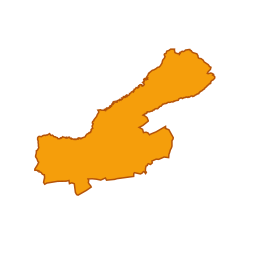 Akatsi South, Volta, Ghana, rotated 61°
{"feature_id": "2480657B79730913179219", "entity_name": "Akatsi South", "entity_type": "district", "adm_level": 2, "iso_a3": "GHA", "parent_name": "Ghana", "parent_adm1": "Volta", "projection": "robinson", "projection_center": [0.754, 6.154], "detail": "fine", "context": "isolated", "style": "filled", "palette": "amber", "viewbox_px": 256, "rotation_deg": 61, "n_neighbors": 0, "source": "geoboundaries", "source_scale": "gbopen_adm2", "svg_char_len": 5769}
<svg xmlns="http://www.w3.org/2000/svg" viewBox="0 0 256 256"><g transform="rotate(61 128 128)"><path d="M173.6,106.8L170.9,105.0L169.8,103.7L167.7,101.6L166.3,99.5L165.1,98.3L160.4,95.7L159.5,94.0L158.4,93.1L149.3,93.1L146.5,95.5L146.3,95.1L144.8,94.4L145.0,105.3L144.3,111.1L144.4,112.5L142.0,112.9L140.5,114.2L139.5,116.7L136.2,115.9L132.8,118.0L133.0,113.9L131.8,107.0L131.4,106.7L128.1,106.3L125.2,107.6L124.0,108.7L123.8,107.9L124.0,107.6L124.0,106.2L123.7,106.0L124.2,105.1L123.9,104.0L123.4,104.0L123.2,103.2L124.2,101.6L124.6,99.4L125.0,98.4L124.5,97.2L124.9,96.4L124.5,95.8L124.5,94.8L124.7,94.5L124.6,94.1L125.4,93.1L125.5,92.3L124.9,91.3L125.0,90.6L124.5,90.0L125.0,88.5L124.5,87.6L124.3,86.3L124.0,86.1L124.4,85.0L124.4,83.9L124.8,83.5L125.2,82.1L124.9,81.5L125.0,80.4L125.9,79.0L126.3,76.9L127.0,76.2L127.1,74.6L126.8,74.5L127.2,73.8L127.2,73.0L128.1,70.6L127.2,69.4L127.3,67.3L127.7,66.5L128.3,66.4L128.7,66.0L128.5,64.4L129.1,63.6L128.9,62.8L129.3,62.2L129.3,61.6L130.1,61.1L130.0,60.1L130.7,59.9L130.7,57.1L131.3,56.2L131.9,56.1L132.1,54.2L131.8,53.6L132.0,51.5L131.7,51.0L132.1,50.3L132.2,49.3L131.7,49.0L131.5,47.7L131.1,47.3L131.3,45.5L130.9,44.1L131.0,43.5L130.8,42.1L130.4,41.9L129.9,39.3L129.5,38.7L129.6,38.1L129.2,37.2L129.2,36.3L128.7,35.4L129.0,34.7L128.6,34.5L128.8,33.8L127.8,33.3L127.5,32.8L127.1,31.6L127.2,30.2L126.5,28.1L125.4,27.3L123.4,27.7L122.8,28.2L122.5,27.2L120.9,28.1L120.0,29.0L119.4,31.5L118.7,32.2L117.7,30.8L116.7,27.5L115.1,26.0L113.9,26.9L111.5,27.1L107.1,29.4L105.0,29.4L102.7,30.5L101.8,31.8L100.9,32.4L99.5,32.2L98.8,31.8L96.5,31.8L93.6,34.6L92.3,35.2L91.0,35.2L90.4,36.0L89.4,35.8L89.0,36.4L87.7,40.0L88.1,41.1L88.0,42.3L87.8,42.9L87.2,43.3L87.1,44.3L87.4,45.6L87.9,46.0L88.4,47.2L87.5,46.8L87.7,47.3L86.9,48.7L85.3,50.1L84.5,50.4L83.5,49.9L82.6,49.8L81.6,49.1L79.7,52.5L80.0,54.4L79.6,56.9L81.2,58.6L80.9,60.1L81.3,60.7L82.5,61.0L83.3,60.8L83.7,61.1L83.9,61.7L84.5,62.1L85.2,64.2L86.0,65.3L87.8,66.9L89.3,69.6L89.8,71.1L89.3,72.9L89.7,74.6L89.7,77.6L89.5,78.0L89.3,78.8L90.0,82.5L90.3,82.8L90.1,83.3L90.5,83.7L90.6,84.1L91.2,84.6L93.0,87.9L93.3,87.9L93.7,87.5L93.3,87.2L93.5,86.9L93.6,87.3L94.2,87.5L94.0,87.9L94.5,87.5L94.6,87.1L94.9,87.2L94.6,87.9L94.7,88.6L94.3,88.8L94.2,89.3L93.5,88.6L93.6,88.8L92.8,89.5L92.9,90.2L93.2,90.8L93.8,90.9L93.8,91.4L94.1,90.6L94.4,91.0L94.6,90.9L95.2,92.7L95.6,92.0L96.2,92.9L96.8,92.6L97.9,92.7L98.4,94.3L98.4,95.0L97.7,95.6L97.3,95.3L97.3,95.0L96.8,95.0L96.4,95.8L96.1,96.0L96.0,97.0L96.4,97.8L96.2,98.2L96.4,98.4L96.6,98.2L96.8,98.7L97.4,98.5L97.7,99.7L97.6,100.3L97.1,100.3L97.1,100.9L96.6,101.3L97.4,102.7L97.2,103.8L97.7,103.8L98.3,105.8L98.9,105.4L99.1,106.0L98.2,106.2L98.2,107.7L98.7,108.6L98.9,109.6L98.7,109.9L99.1,110.0L99.8,111.6L99.4,112.6L99.0,112.5L98.4,113.3L98.6,113.5L99.7,113.2L100.0,113.6L99.7,113.8L99.8,114.2L99.1,114.6L99.8,115.0L99.9,115.7L99.6,116.1L99.3,115.5L98.9,115.5L98.3,116.8L98.7,117.0L99.1,116.9L99.4,117.3L98.9,118.5L99.8,118.2L99.2,118.8L99.8,119.0L99.7,119.4L100.0,119.4L100.0,119.9L99.6,119.5L99.6,120.3L100.0,120.7L99.3,121.0L99.6,121.8L99.0,121.6L99.2,123.1L98.9,124.0L99.4,124.2L99.4,124.7L99.8,124.9L98.9,125.5L99.6,126.0L98.5,127.1L98.4,128.0L98.1,127.8L98.1,128.6L98.3,128.8L98.9,128.5L99.1,128.9L99.6,128.6L99.7,128.9L99.3,129.7L99.7,129.8L99.4,130.1L99.7,130.3L99.5,130.6L100.1,131.1L100.1,131.8L100.4,131.4L100.9,131.8L100.6,132.1L100.9,132.6L100.5,132.6L100.7,133.0L101.1,133.0L101.4,133.6L101.1,134.1L100.7,134.1L101.5,134.9L101.4,135.2L100.9,135.2L100.8,135.5L101.4,135.9L101.3,136.4L100.7,136.4L100.8,136.8L100.4,137.0L101.2,137.6L100.5,137.9L101.1,137.9L101.4,138.4L100.9,138.5L101.3,138.8L100.7,139.3L101.6,139.5L101.3,139.8L100.8,139.6L100.7,140.0L101.1,140.0L99.4,142.8L98.8,143.1L97.8,145.7L99.2,145.6L100.2,146.1L101.3,148.2L102.7,149.9L104.3,153.8L105.1,154.4L105.1,155.4L105.4,156.0L106.3,156.8L107.4,156.4L108.4,157.6L108.9,158.5L111.3,159.1L111.2,160.4L111.6,161.1L112.7,161.4L112.9,162.6L113.6,162.8L113.7,164.0L113.2,164.4L113.6,165.7L113.4,166.7L114.2,168.8L114.9,169.5L114.9,170.3L114.5,172.3L114.6,174.1L114.2,174.1L114.3,174.6L113.7,174.7L113.0,175.5L113.2,175.8L113.0,176.4L113.5,176.4L113.6,176.9L113.4,177.2L112.7,176.9L112.9,179.0L112.5,179.6L111.9,179.6L111.8,179.9L112.1,180.3L111.8,180.9L110.8,181.5L110.3,182.7L109.9,182.4L109.5,182.5L109.6,183.1L109.2,183.2L108.9,183.6L107.7,183.6L107.3,184.2L107.5,185.6L107.0,186.2L107.0,186.8L106.6,187.2L106.2,186.6L106.0,187.4L104.5,189.1L104.0,189.3L104.5,191.1L104.0,191.3L103.9,191.9L104.3,192.2L104.3,192.8L103.4,194.5L102.2,194.5L101.3,195.5L100.6,195.7L99.5,197.1L98.4,197.2L97.5,197.7L97.5,198.2L97.0,199.1L94.9,199.3L95.0,202.4L94.6,202.6L94.4,203.1L94.5,203.9L93.8,204.6L93.4,206.0L93.6,207.9L92.2,209.8L92.2,210.6L92.8,211.8L94.4,212.7L95.9,212.8L96.8,213.5L99.1,214.4L100.4,215.2L101.6,215.4L102.1,215.8L103.5,218.1L103.4,219.1L105.7,220.5L107.3,222.1L108.4,222.8L110.8,222.6L113.3,223.0L114.6,222.7L116.4,225.1L118.6,229.2L119.7,230.0L119.9,229.9L120.2,229.1L121.4,227.6L121.8,227.8L122.3,226.7L123.3,227.1L123.7,226.3L124.9,225.5L126.7,225.3L128.3,224.3L128.4,223.9L130.6,224.8L131.6,225.6L131.9,225.6L132.0,226.0L134.6,228.2L136.8,228.1L136.8,225.7L140.5,215.4L144.5,207.9L145.3,205.1L148.3,206.2L148.7,203.7L150.7,202.0L158.8,205.2L161.4,205.2L162.5,204.2L162.4,194.7L161.8,188.8L160.3,188.7L158.5,189.1L156.6,189.2L154.8,187.8L153.2,187.7L155.0,184.0L157.4,180.5L160.3,177.1L160.8,172.0L163.2,172.1L166.4,164.7L167.0,162.1L173.1,146.5L170.6,145.0L170.2,144.0L174.2,139.4L174.3,137.7L173.6,135.6L174.4,135.0L176.4,134.7L175.6,133.4L174.2,133.7L172.0,132.4L170.1,130.8L170.1,129.2L169.3,128.6L169.1,127.5L170.8,126.0L170.3,123.7L168.5,123.1L168.9,118.5L170.3,116.4L170.9,110.5L173.6,106.8Z" fill="#f59e0b" stroke="#b45309" stroke-width="1.5"/></g></svg>